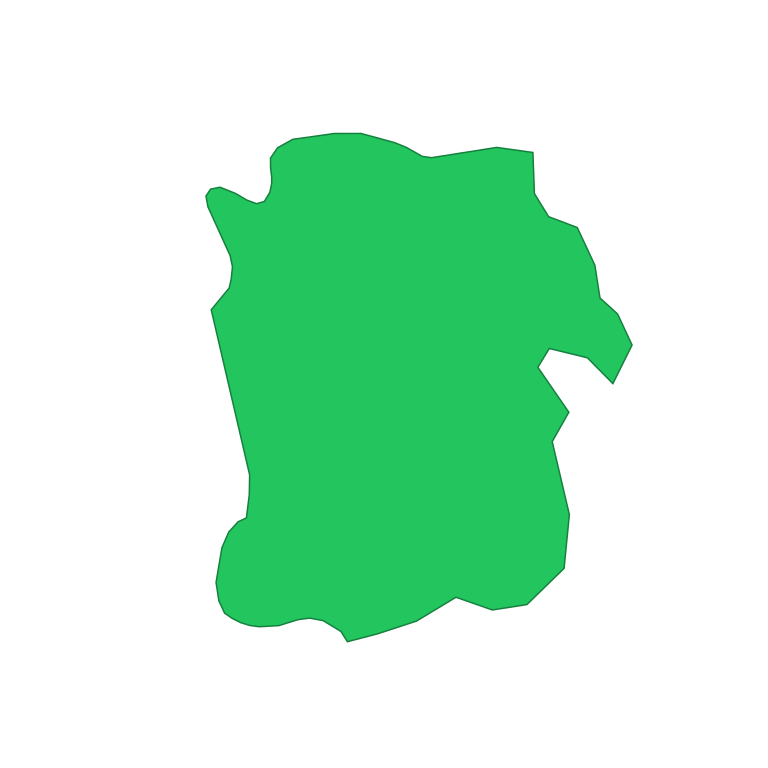 an SVG outline of South Dublin, rotated 65°
{"feature_id": "IRL-5573", "entity_name": "South Dublin", "entity_type": "County", "adm_level": 1, "iso_a3": "IRL", "parent_name": "Ireland", "parent_adm1": "", "projection": "equal_earth", "projection_center": [-6.409, 53.275], "detail": "fine", "context": "isolated", "style": "filled", "palette": "green", "viewbox_px": 768, "rotation_deg": 65, "n_neighbors": 0, "source": "natural_earth", "source_scale": "10m", "svg_char_len": 986}
<svg xmlns="http://www.w3.org/2000/svg" viewBox="0 0 768 768"><g transform="rotate(65 384 384)"><path d="M243.7,509.2L231.6,483.8L224.3,478.1L213.7,471.8L202.7,469.2L148.9,468.7L138.4,465.9L134.1,458.8L136.4,449.4L148.9,437.7L159.1,430.8L166.7,423.3L168.0,415.3L162.0,406.4L155.0,401.2L149.2,398.4L140.3,395.5L131.3,391.4L124.9,380.6L123.7,363.2L136.0,323.1L147.2,299.0L169.6,272.5L179.2,263.6L193.9,253.1L199.0,245.2L217.2,181.9L237.1,151.2L275.0,167.2L301.9,164.1L323.9,142.7L365.5,142.7L397.3,151.9L419.3,142.7L453.5,142.7L480.4,176.4L446.2,188.6L421.7,219.2L433.9,237.5L487.7,228.4L507.3,255.9L580.7,271.2L627.2,298.7L644.3,347.7L634.6,381.3L607.7,408.9L612.6,454.8L607.8,494.7L602.1,526.1L590.1,527.6L572.7,539.2L564.8,550.3L561.3,561.2L558.5,581.5L551.3,599.6L546.1,607.7L539.7,614.8L532.2,620.7L524.4,625.3L510.8,625.3L492.9,620.1L463.9,600.1L452.5,587.2L447.2,574.4L447.2,565.3L427.6,553.0L409.6,544.2L243.7,509.2Z" fill="#22c55e" stroke="#15803d" stroke-width="1.5"/></g></svg>